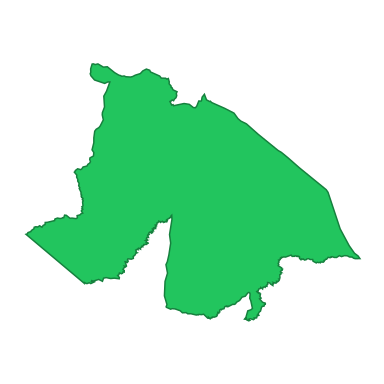 outline of Kasenengwa, Eastern, Zambia, rotated 269°
{"feature_id": "96606910B99834275279733", "entity_name": "Kasenengwa", "entity_type": "district", "adm_level": 2, "iso_a3": "ZMB", "parent_name": "Zambia", "parent_adm1": "Eastern", "projection": "robinson", "projection_center": [32.185, -13.669], "detail": "fine", "context": "isolated", "style": "filled", "palette": "green", "viewbox_px": 384, "rotation_deg": 269, "n_neighbors": 0, "source": "geoboundaries", "source_scale": "gbopen_adm2", "svg_char_len": 5941}
<svg xmlns="http://www.w3.org/2000/svg" viewBox="0 0 384 384"><g transform="rotate(269 192 192)"><path d="M215.5,75.7L214.7,75.6L213.9,74.7L210.9,77.1L208.9,76.9L206.4,78.1L205.0,77.9L202.4,79.3L200.3,78.8L198.1,79.9L197.5,79.3L193.8,81.0L191.6,81.0L190.8,81.7L190.0,81.1L188.4,81.6L188.3,82.3L187.2,82.9L186.3,82.2L185.0,83.1L184.0,82.4L180.1,82.8L179.1,81.6L177.9,82.4L177.1,81.6L176.5,82.4L175.0,81.0L172.8,82.4L172.2,80.7L171.1,79.6L170.4,76.7L168.2,77.0L167.4,75.6L168.0,71.7L167.9,69.5L170.9,65.9L171.1,64.2L168.5,63.3L168.6,62.2L168.0,61.4L167.8,59.6L168.3,57.0L167.4,54.5L165.8,54.1L164.2,46.8L164.1,44.7L162.0,44.5L161.3,42.7L159.4,41.3L160.9,39.1L159.7,37.1L160.0,35.2L159.5,33.6L158.0,33.3L156.3,30.7L155.3,30.3L154.3,27.3L153.0,26.6L152.6,25.3L102.8,82.4L103.4,82.3L103.5,82.9L102.4,84.4L102.3,85.7L103.1,87.6L102.2,89.2L103.7,92.5L104.4,89.9L105.2,90.3L104.6,91.5L106.2,97.2L104.3,100.9L107.4,102.1L107.9,104.7L106.9,109.2L107.2,112.8L106.5,117.7L107.8,117.9L109.9,116.2L110.5,117.4L112.3,118.0L111.5,120.0L112.0,121.2L113.3,121.7L113.1,122.8L114.7,122.9L115.8,121.6L117.4,122.7L118.0,123.8L119.0,123.1L118.7,124.8L119.1,125.2L123.5,123.9L123.5,124.7L122.6,125.9L123.0,126.4L124.0,127.0L125.1,126.2L126.3,126.8L125.9,130.2L126.6,132.2L128.6,132.1L129.7,133.7L131.8,134.9L132.2,136.0L132.7,134.9L133.8,135.2L134.9,134.7L135.6,136.0L135.3,137.1L136.1,136.8L136.8,137.5L135.8,139.5L136.8,139.4L137.8,140.6L138.5,140.7L138.1,141.8L139.0,141.8L139.5,142.8L140.3,142.8L140.4,145.8L141.5,146.4L141.6,147.2L142.1,147.0L142.3,145.2L144.0,145.7L144.4,146.4L144.5,144.9L145.4,146.2L146.4,145.6L147.3,146.0L147.3,147.7L149.5,146.8L150.1,147.3L149.9,147.9L150.4,148.5L151.5,148.0L152.6,148.9L152.2,150.4L151.5,150.6L152.1,151.8L153.3,150.9L153.7,152.8L155.0,152.1L155.3,152.8L155.8,152.0L156.1,152.7L156.8,152.9L156.1,155.0L157.3,155.2L157.5,154.6L157.9,155.1L158.8,154.9L158.8,155.5L159.6,154.9L159.8,156.2L161.9,156.6L162.0,157.5L163.5,158.3L162.3,159.8L162.9,160.0L162.6,160.8L163.2,161.8L162.6,162.2L162.7,163.2L162.1,163.3L162.9,165.6L162.6,166.2L163.2,166.5L163.5,165.8L164.2,166.8L164.8,166.3L166.1,168.8L166.7,169.1L166.8,170.3L167.3,170.7L168.2,170.4L169.1,171.3L165.1,171.5L149.8,168.8L141.3,169.8L129.6,167.8L122.7,166.1L119.8,164.7L111.3,166.1L103.1,163.5L88.6,162.6L79.9,165.0L77.6,164.1L77.1,164.5L75.2,168.6L75.7,170.1L75.4,173.0L73.5,178.1L71.4,180.3L71.5,184.1L70.3,185.6L70.3,188.8L68.9,194.2L69.3,195.1L68.9,195.9L69.5,196.7L69.2,199.4L69.6,201.5L65.6,205.5L65.5,206.6L66.3,206.5L64.9,207.9L65.5,208.2L65.6,209.1L66.2,209.5L66.0,210.0L66.6,210.3L66.5,212.2L67.2,214.3L68.0,215.0L69.2,214.9L69.8,215.8L71.1,215.7L70.7,216.7L71.2,216.7L71.6,217.7L73.4,217.6L74.2,218.8L73.7,219.4L74.4,220.1L74.7,221.9L76.8,222.8L77.4,224.5L76.7,224.9L76.7,225.8L77.2,225.7L77.2,227.1L79.1,231.0L78.8,232.0L79.4,233.5L81.0,234.6L82.7,237.7L86.0,240.2L86.9,243.5L90.1,246.0L90.6,247.2L90.2,247.9L89.0,248.3L84.7,247.9L82.2,248.9L74.5,250.4L73.2,248.8L72.2,245.7L65.7,243.7L64.0,242.3L63.8,243.3L64.9,244.2L63.1,244.6L62.2,246.5L62.6,247.5L63.3,246.5L63.9,246.7L64.3,248.0L63.3,251.3L64.2,252.3L65.0,252.0L65.0,254.4L67.7,255.2L67.3,255.9L67.5,256.7L68.9,256.0L70.9,257.2L71.7,258.4L75.1,259.4L76.4,260.2L76.6,262.0L78.2,262.5L78.4,263.3L79.0,263.4L79.6,263.3L80.5,260.6L84.0,257.7L84.7,259.2L86.4,258.1L88.8,258.7L89.0,258.1L89.7,258.1L90.1,257.1L89.8,256.7L90.7,256.4L90.5,255.8L91.4,255.0L92.3,256.6L93.7,256.9L94.3,258.6L95.4,259.0L93.8,260.9L95.4,261.3L95.9,262.9L95.4,263.5L96.6,264.3L96.4,265.3L98.0,265.4L98.4,266.1L100.2,266.0L99.7,268.2L98.7,268.8L97.1,271.2L98.9,271.2L98.8,271.9L99.4,272.3L100.1,271.8L99.4,274.3L100.2,275.3L101.2,275.0L101.0,276.5L102.0,277.5L102.9,277.9L103.4,277.5L103.4,277.9L104.6,278.4L107.8,278.3L108.5,279.6L109.9,279.6L109.9,280.0L110.7,279.0L112.0,280.0L112.1,280.7L113.3,281.2L113.5,280.6L114.5,280.4L116.8,276.9L118.1,277.5L119.1,276.9L120.5,277.8L121.4,277.4L122.7,278.7L122.8,278.3L123.1,279.0L124.0,279.1L124.2,279.8L124.6,279.5L125.2,280.5L124.9,280.8L125.5,282.5L125.3,284.4L127.2,290.0L125.9,291.0L125.9,293.3L126.2,293.3L126.4,294.8L125.8,295.5L126.1,296.7L125.5,297.0L125.7,297.8L125.3,298.4L123.7,298.4L122.3,299.8L123.2,300.6L122.7,301.8L123.0,302.3L122.0,303.4L122.4,305.1L123.1,305.7L123.3,307.5L122.4,309.1L122.4,311.5L120.7,311.8L118.9,315.0L119.6,315.9L119.1,317.7L119.6,319.1L119.2,319.3L119.7,319.7L119.6,322.2L120.3,322.9L121.2,322.8L121.2,323.4L122.5,324.6L122.4,325.4L124.3,326.9L123.9,329.0L124.3,330.1L124.8,330.0L124.9,330.9L124.1,333.1L124.0,335.4L125.8,338.2L124.8,340.4L125.7,343.3L125.5,346.2L124.3,348.3L124.1,351.1L123.1,352.2L122.5,354.0L122.5,358.7L125.2,356.9L127.9,353.4L135.6,348.2L152.5,339.5L189.3,328.0L192.0,326.2L214.4,299.7L224.5,288.6L230.1,282.0L232.1,278.7L248.8,258.9L259.1,247.7L262.1,242.0L264.6,239.2L270.1,235.4L275.1,226.1L281.1,213.2L282.5,211.9L282.2,211.1L283.9,208.1L289.5,206.1L286.7,203.8L283.3,203.1L282.7,202.6L282.9,200.4L277.9,198.3L276.2,196.9L276.4,194.8L279.7,190.8L280.6,185.6L278.6,175.1L279.7,174.6L279.3,173.2L282.9,171.5L283.4,172.9L284.4,173.8L283.6,175.2L285.1,176.0L286.5,177.6L288.6,178.4L290.8,178.0L292.5,178.8L294.5,174.8L296.7,173.8L296.9,173.0L298.4,172.9L300.6,171.0L302.5,171.2L305.9,170.3L305.3,168.9L306.2,167.6L306.4,163.3L308.5,161.7L312.7,152.7L314.5,151.8L315.7,148.5L313.9,144.9L311.3,142.4L309.8,137.3L308.5,134.7L308.0,132.6L308.4,127.9L309.2,126.2L308.9,123.6L309.6,122.8L310.1,120.9L312.7,116.7L318.7,109.5L318.4,105.6L321.7,100.2L321.1,97.3L321.8,95.9L321.7,94.4L316.8,92.8L313.5,92.9L312.0,92.3L309.9,93.0L305.7,96.5L302.1,106.6L303.5,109.7L303.4,111.8L294.3,108.3L289.4,105.5L278.5,106.0L272.9,103.8L270.7,103.6L265.7,104.6L259.5,101.3L258.0,100.0L256.4,97.3L254.5,95.8L247.9,94.8L243.0,94.7L235.9,92.8L233.2,94.5L229.7,94.1L227.9,90.6L226.3,90.3L224.0,91.0L222.6,90.1L221.5,88.4L219.8,87.4L218.9,83.5L217.0,82.2L216.3,81.1L217.2,78.1L215.5,75.7Z" fill="#22c55e" stroke="#15803d" stroke-width="1.5"/></g></svg>